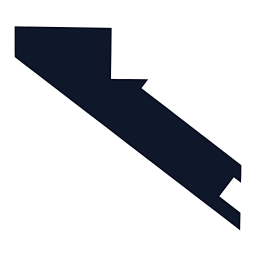 9 de Julio, Chaco, Argentina (orthographic projection)
{"feature_id": "61730980B13427760820692", "entity_name": "9 de Julio", "entity_type": "district", "adm_level": 2, "iso_a3": "ARG", "parent_name": "Argentina", "parent_adm1": "Chaco", "projection": "orthographic", "projection_center": [-61.238, -27.011], "detail": "fine", "context": "isolated", "style": "filled", "palette": "ink", "viewbox_px": 256, "rotation_deg": 0, "n_neighbors": 0, "source": "geoboundaries", "source_scale": "gbopen_adm2", "svg_char_len": 984}
<svg xmlns="http://www.w3.org/2000/svg" viewBox="0 0 256 256"><path d="M15.5,56.7L22.0,61.7L23.0,62.5L24.5,63.7L26.1,64.9L27.9,66.3L32.0,69.4L48.4,82.0L64.7,94.5L68.7,97.6L72.8,100.8L89.1,113.3L89.7,113.7L91.1,114.8L109.5,128.9L127.7,143.0L129.6,144.5L131.7,146.0L133.1,147.1L149.8,160.0L151.2,161.0L168.2,174.1L170.2,175.6L171.2,176.4L188.3,189.5L190.3,191.1L192.4,192.7L209.7,206.0L218.4,212.6L236.8,226.8L239.4,228.9L239.7,213.1L220.3,198.1L218.2,196.5L220.8,193.1L221.3,192.4L232.1,178.3L233.7,176.2L240.3,181.3L240.4,179.0L240.5,174.4L240.6,167.1L240.6,165.6L223.2,152.1L221.2,150.6L202.2,135.9L201.3,135.3L201.0,135.1L199.4,133.8L172.7,113.2L170.7,111.6L169.7,110.8L142.4,89.9L140.4,88.3L145.3,81.9L145.7,81.4L146.7,80.0L128.8,79.8L117.8,79.8L114.6,79.7L110.2,79.7L110.6,53.6L110.8,35.6L110.9,28.6L98.0,28.4L85.5,28.2L67.8,27.9L55.2,27.7L29.4,27.3L25.9,27.3L15.5,27.1L15.4,27.1L15.4,33.8L15.4,45.8L15.4,51.7L15.5,56.7Z" fill="#0f172a" stroke="#020617" stroke-width="1.5"/></svg>